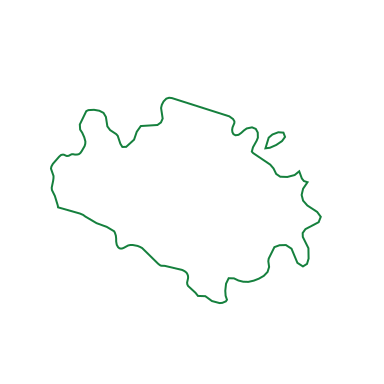 the Province of Benevento, rotated 226°
{"feature_id": "ITA-5398", "entity_name": "Benevento", "entity_type": "Province", "adm_level": 1, "iso_a3": "ITA", "parent_name": "Italy", "parent_adm1": "", "projection": "natural_earth1", "projection_center": [14.764, 41.227], "detail": "fine", "context": "isolated", "style": "outline", "palette": "green", "viewbox_px": 384, "rotation_deg": 226, "n_neighbors": 0, "source": "natural_earth", "source_scale": "10m", "svg_char_len": 2286}
<svg xmlns="http://www.w3.org/2000/svg" viewBox="0 0 384 384"><g transform="rotate(226 192 192)"><path d="M82.1,224.2L88.6,222.7L92.9,218.0L95.1,213.0L90.8,200.9L89.2,198.8L84.5,195.4L82.0,190.8L81.8,185.4L83.2,179.9L85.3,174.9L88.2,170.1L91.9,166.5L96.1,163.9L100.7,162.2L104.5,158.5L102.4,152.8L97.8,147.3L94.0,144.1L90.2,142.3L89.8,140.4L91.2,136.8L92.9,134.7L99.7,130.6L107.8,129.2L113.1,124.1L117.1,124.5L127.1,123.9L128.9,124.5L130.3,125.6L132.6,129.1L133.5,130.1L134.7,131.0L136.1,131.6L137.8,132.0L140.1,131.7L142.7,130.8L157.8,121.1L160.4,118.6L161.7,118.1L164.0,117.8L186.3,117.2L188.5,116.5L191.0,115.4L195.0,112.6L196.8,110.7L197.9,108.9L199.2,104.2L199.8,102.7L200.6,101.6L201.9,100.7L203.6,100.5L206.3,101.2L207.8,102.2L209.1,103.1L211.2,105.1L213.5,106.9L216.2,108.2L217.8,108.7L226.0,106.5L235.9,101.7L248.5,98.2L251.1,97.8L254.4,96.4L274.0,85.0L275.6,86.1L284.4,90.6L290.7,92.6L292.5,94.0L296.6,100.0L298.2,102.0L299.7,103.5L306.8,106.8L308.0,108.6L308.9,111.5L309.7,120.9L309.6,123.4L308.9,124.7L307.9,125.7L305.1,126.8L304.2,127.7L303.5,129.0L303.2,130.4L302.7,131.7L301.8,132.7L300.6,133.5L299.6,134.4L298.6,135.6L297.8,136.9L297.6,138.8L298.0,141.0L299.6,146.6L300.8,148.7L302.4,150.4L306.2,152.5L310.9,154.2L314.6,154.9L318.5,158.2L323.6,172.1L322.9,174.3L319.2,178.6L314.8,181.8L310.4,183.3L305.8,182.2L298.0,176.7L293.4,176.1L286.3,177.7L284.0,177.6L276.5,174.0L272.8,173.2L270.2,176.0L269.9,186.7L273.7,194.1L275.0,201.0L264.2,213.7L263.6,218.0L265.2,221.9L273.9,228.1L275.7,230.9L276.9,234.5L277.0,238.4L275.7,241.0L273.5,242.8L220.5,271.4L216.0,272.2L213.4,271.6L212.2,270.4L210.3,266.0L208.8,264.0L206.9,262.6L204.8,262.0L202.6,262.7L200.8,265.2L200.3,268.6L200.2,272.2L199.7,275.5L196.8,280.1L193.1,281.7L189.1,280.6L185.3,277.1L184.0,274.2L181.8,266.9L179.5,263.1L177.6,263.0L157.3,267.3L152.3,267.0L146.5,265.1L141.7,266.1L136.6,271.0L132.9,277.6L132.4,283.5L125.4,280.4L122.2,280.1L118.8,281.9L117.2,274.2L113.7,268.8L108.6,265.9L102.2,265.6L90.7,268.2L84.7,267.4L82.3,262.1L86.5,247.8L85.6,243.1L82.7,240.5L70.7,236.7L63.1,229.6L60.4,224.8L61.4,220.1L67.8,218.6L82.1,224.2ZM172.4,275.2L177.8,284.9L177.5,289.8L175.0,295.6L171.2,299.0L167.0,297.2L166.1,292.2L167.3,285.3L169.7,278.8L172.4,275.2Z" fill="none" stroke="#15803d" stroke-width="2"/></g></svg>